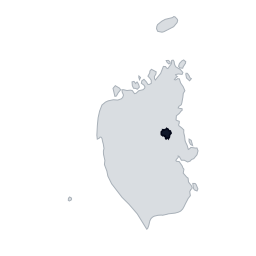 location of Nonsan-si, South Chungcheong, South Korea, rotated 171°
{"feature_id": "91817680B11377751855609", "entity_name": "Nonsan-si", "entity_type": "district", "adm_level": 2, "iso_a3": "KOR", "parent_name": "South Korea", "parent_adm1": "South Chungcheong", "projection": "equal_earth", "projection_center": [127.164, 36.193], "detail": "fine", "context": "in_parent", "style": "filled", "palette": "ink", "viewbox_px": 256, "rotation_deg": 171, "n_neighbors": 0, "source": "geoboundaries", "source_scale": "gbopen_adm2", "svg_char_len": 4030}
<svg xmlns="http://www.w3.org/2000/svg" viewBox="0 0 256 256"><g transform="rotate(171 128 128)"><path d="M76.1,56.5L76.9,55.8L77.0,54.8L77.0,51.4L79.5,49.1L83.0,44.4L84.8,41.8L86.7,39.4L89.0,37.7L91.3,37.0L94.8,36.6L101.5,36.9L102.9,36.7L107.5,36.4L108.7,36.8L112.1,37.1L115.9,36.8L117.8,36.1L119.5,34.9L121.0,32.8L122.6,28.8L124.3,25.7L125.3,25.1L132.3,41.8L139.0,52.6L144.7,60.4L152.9,75.5L155.4,83.6L155.6,88.7L157.0,95.6L155.9,99.6L156.3,105.9L155.9,109.1L154.9,111.5L154.9,116.0L155.2,118.5L155.3,121.7L155.9,123.0L156.9,123.4L158.3,122.3L160.1,121.8L159.9,125.7L157.8,135.6L155.9,142.8L153.4,149.1L150.1,154.8L146.2,157.1L143.4,157.9L138.1,158.2L133.7,157.2L129.9,157.9L128.4,159.1L127.3,161.2L128.1,164.4L128.0,166.7L126.4,166.5L123.2,165.2L119.6,165.0L117.9,164.3L116.2,160.9L114.5,161.1L111.5,163.1L107.0,163.5L105.4,164.6L104.8,166.0L105.5,167.8L107.8,170.1L107.0,172.4L104.6,173.6L102.7,170.7L101.5,167.9L100.1,167.7L98.0,168.5L97.6,171.6L98.6,173.7L100.2,176.1L98.0,178.9L97.4,180.9L95.7,182.3L91.4,179.1L92.0,176.9L93.9,174.7L94.1,172.5L93.5,171.1L87.2,176.8L83.4,183.3L81.3,182.8L80.5,181.1L79.3,180.5L75.1,184.6L74.3,187.9L72.8,188.0L72.1,186.6L72.1,183.7L71.4,181.1L67.1,177.5L65.1,174.3L66.2,172.5L69.8,173.5L72.6,173.3L72.1,171.8L71.1,171.1L73.0,170.2L74.6,168.5L73.3,168.0L71.3,169.0L69.6,168.5L69.0,164.3L67.0,160.0L66.0,155.9L68.0,153.5L69.0,149.8L70.9,144.4L71.8,142.6L74.4,141.4L75.3,140.0L73.9,139.3L71.6,138.6L71.7,137.1L73.2,136.2L74.9,134.5L78.3,132.5L79.3,128.5L78.3,127.6L76.3,126.6L76.7,124.7L77.6,123.1L77.3,122.2L74.9,119.7L73.2,117.4L73.7,114.7L73.4,110.8L73.6,107.4L73.5,105.6L72.3,101.5L71.8,97.4L70.2,98.0L68.9,99.0L64.4,97.6L63.0,97.5L62.4,94.5L64.1,90.7L67.9,87.4L70.1,87.0L71.8,85.6L74.4,85.1L77.5,87.4L80.3,87.8L81.8,91.7L82.8,92.5L83.0,91.1L85.2,89.4L85.8,88.2L85.3,87.5L82.7,86.8L80.4,82.0L80.0,79.9L79.2,78.6L80.5,74.8L77.8,70.4L76.5,69.1L76.7,65.2L75.3,62.7L74.5,61.3L74.0,59.0L74.5,57.9L75.7,57.5L76.1,56.5ZM66.7,230.1L65.4,230.9L64.2,230.4L63.9,230.0L62.4,227.8L62.1,226.6L63.0,224.5L67.1,220.9L77.5,217.5L79.4,217.3L83.5,218.8L84.3,221.6L83.6,223.9L82.6,225.5L77.9,228.2L74.2,229.5L66.7,230.1ZM136.6,169.5L133.9,171.8L130.2,168.7L129.3,166.9L132.1,164.4L134.5,161.4L136.0,161.3L136.6,169.5ZM117.1,169.2L116.8,172.9L114.8,173.1L113.5,170.7L112.3,171.9L111.6,171.9L110.6,168.9L110.4,166.6L112.8,164.8L114.2,165.9L116.3,166.4L117.1,169.2ZM64.2,185.9L62.3,186.5L61.3,185.1L60.6,184.8L61.0,183.1L64.0,179.7L64.6,178.5L67.4,179.2L68.4,181.0L67.1,183.7L64.2,185.9ZM72.8,58.2L72.7,63.1L71.1,62.9L70.1,62.4L69.6,61.5L68.5,56.9L69.7,55.0L72.1,56.5L72.8,58.2ZM62.5,172.1L62.1,173.0L60.8,172.7L59.5,170.1L59.0,168.0L57.7,166.8L59.8,165.0L62.4,168.3L62.5,172.1ZM69.8,105.0L69.4,107.5L67.5,105.9L66.9,100.5L68.9,102.1L69.8,105.0ZM197.8,67.9L196.5,69.0L195.0,67.9L194.8,66.7L195.5,65.7L197.4,65.1L198.3,66.0L197.8,67.9ZM79.2,186.9L79.7,188.7L77.4,188.4L76.1,186.6L76.3,185.1L77.7,184.9L79.2,186.9ZM109.4,176.5L109.1,177.7L107.7,175.9L109.1,173.9L109.4,176.5Z" fill="#d9dde1" stroke="#a8b0b8" stroke-width="1"/><path d="M94.6,114.8L93.8,115.1L93.4,114.9L93.4,114.6L93.2,114.1L92.8,114.1L92.5,114.3L92.2,114.1L92.2,113.6L92.3,113.3L92.3,112.8L92.6,112.5L92.5,112.0L92.4,111.6L92.2,111.4L92.1,111.2L91.7,111.4L91.4,111.4L91.0,111.8L90.5,112.3L90.2,112.2L89.9,111.7L89.7,111.1L89.2,111.8L88.8,112.1L88.4,112.7L88.3,113.3L88.4,113.8L88.4,114.2L88.2,114.5L87.8,114.6L87.5,114.7L87.4,115.0L87.3,115.4L87.2,115.7L86.8,115.8L86.4,115.8L86.2,116.1L86.2,116.6L86.3,116.9L86.6,117.2L86.7,117.6L86.6,117.9L86.5,118.1L86.6,118.3L86.7,118.5L87.1,118.4L87.3,118.7L87.9,118.8L88.3,119.4L88.3,120.1L88.5,120.5L88.9,120.8L89.2,121.1L89.6,121.3L89.9,121.6L90.2,121.1L90.5,120.7L91.0,120.9L91.5,120.8L91.9,120.4L92.1,120.2L92.7,120.2L92.9,120.7L93.8,120.9L93.5,120.2L94.1,119.9L94.4,119.9L94.7,119.8L95.2,119.5L95.4,119.3L95.9,118.8L95.9,118.7L95.8,118.2L95.8,117.9L96.2,116.9L96.0,116.3L96.0,115.9L95.6,115.6L95.2,115.5L94.7,115.2L94.6,114.9L94.6,114.8Z" fill="#0f172a" stroke="#020617" stroke-width="1.5"/></g></svg>